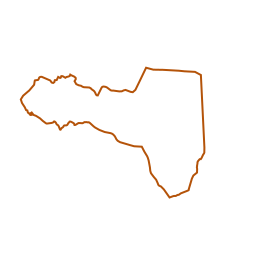 map outline of Rio San Juan (Equal Earth projection), rotated 157°
{"feature_id": "NIC-4800", "entity_name": "Rio San Juan", "entity_type": "Department", "adm_level": 1, "iso_a3": "NIC", "parent_name": "Nicaragua", "parent_adm1": "", "projection": "equal_earth", "projection_center": [-84.287, 11.292], "detail": "fine", "context": "isolated", "style": "outline", "palette": "amber", "viewbox_px": 256, "rotation_deg": 157, "n_neighbors": 0, "source": "natural_earth", "source_scale": "10m", "svg_char_len": 2998}
<svg xmlns="http://www.w3.org/2000/svg" viewBox="0 0 256 256"><g transform="rotate(157 128 128)"><path d="M160.3,199.7L159.7,198.8L157.4,196.3L157.2,195.8L156.8,195.2L156.6,194.5L157.0,193.4L157.5,193.0L158.9,192.0L158.5,188.6L156.7,186.6L154.7,185.2L153.8,183.8L152.7,182.8L147.8,180.4L146.7,179.0L146.4,178.0L145.0,175.7L144.6,174.7L144.4,172.9L144.4,171.5L144.1,170.4L143.1,169.8L142.3,170.5L136.6,175.4L135.6,175.9L134.5,175.8L133.4,175.2L132.4,174.5L131.5,173.5L129.2,169.5L128.7,169.1L128.2,168.7L127.7,168.5L127.1,168.3L121.9,165.2L119.5,164.2L117.2,164.3L115.4,164.0L111.4,160.2L109.6,159.1L106.3,160.2L98.6,166.9L87.8,176.4L81.9,171.8L72.9,167.8L58.9,160.9L53.8,158.1L44.4,153.5L40.2,148.3L65.3,80.2L67.2,75.9L67.4,75.5L67.9,75.0L69.5,73.9L71.6,72.0L72.5,71.3L73.2,70.9L73.7,71.2L73.9,71.3L74.4,71.2L76.4,70.2L77.0,69.7L77.4,69.4L77.7,68.6L78.2,67.8L78.9,66.7L79.1,66.5L79.2,66.2L79.3,65.9L79.8,65.2L80.0,64.8L80.1,64.2L80.4,63.2L81.9,60.0L86.4,58.7L89.0,56.4L95.9,48.0L96.2,47.3L96.7,47.1L97.3,47.0L105.0,47.2L107.1,46.7L107.6,46.7L108.4,47.0L108.9,47.0L110.4,46.8L110.8,46.9L111.2,47.0L111.7,47.3L112.9,47.6L116.9,47.8L119.0,57.5L120.5,61.3L121.4,62.2L122.1,63.1L122.3,64.0L122.2,65.7L122.3,69.4L123.4,72.9L124.5,77.3L124.4,78.5L124.2,80.0L123.2,83.2L121.7,90.0L121.4,92.7L121.4,94.5L122.2,100.0L122.6,105.4L129.5,108.8L132.5,111.2L140.9,118.1L142.5,120.3L143.1,122.2L143.2,123.9L143.4,125.7L144.2,127.9L145.1,129.2L146.1,130.1L151.0,133.4L155.1,137.4L158.1,141.3L159.0,142.9L161.1,147.5L161.6,148.3L162.1,148.7L162.4,148.7L162.7,148.8L163.1,149.1L163.8,149.6L164.1,149.7L164.7,149.9L165.5,150.3L165.8,150.4L166.0,150.4L167.1,150.2L167.8,150.2L168.0,150.2L168.7,150.5L170.4,151.4L171.7,151.9L175.0,151.4L175.7,151.5L176.1,151.7L176.0,152.5L176.0,152.9L176.0,153.3L176.1,153.6L177.3,155.2L178.3,156.3L178.9,156.6L179.3,156.7L180.2,156.1L180.8,155.9L181.1,155.8L181.5,155.5L181.8,155.2L182.3,154.8L182.7,154.6L183.4,154.5L184.1,154.6L185.1,155.1L185.6,155.2L186.0,155.2L186.5,154.9L186.7,154.7L186.9,154.5L187.7,154.1L188.8,153.9L189.3,153.8L190.7,152.8L191.0,152.9L191.2,153.2L191.2,153.6L191.1,156.2L191.1,156.7L191.2,157.4L191.3,157.8L191.6,158.3L192.0,158.8L192.1,159.1L192.2,159.4L192.3,159.9L192.3,160.8L192.4,161.3L192.6,161.9L193.0,162.6L193.4,162.9L193.7,162.9L193.9,162.7L194.1,162.6L194.4,162.4L195.1,162.4L196.3,162.5L200.4,163.6L201.2,163.9L201.4,164.1L201.8,164.6L203.7,167.9L205.2,171.2L207.9,175.1L209.8,176.9L210.6,179.9L212.4,179.5L212.0,178.0L212.0,177.9L212.8,178.2L213.6,180.7L213.9,180.8L214.1,181.6L213.8,183.5L214.8,184.3L214.9,187.4L215.8,192.4L215.5,196.2L211.9,198.7L205.0,200.9L204.5,201.0L197.5,204.5L195.4,207.9L195.0,208.2L192.1,207.4L191.4,207.7L190.0,209.1L189.0,209.3L188.0,209.1L187.3,208.7L181.0,202.1L180.5,199.7L179.3,198.7L177.9,199.0L176.7,200.6L174.9,200.0L172.3,202.3L171.0,200.6L170.3,200.6L169.1,201.8L167.9,201.2L166.0,198.7L164.7,199.0L163.8,198.8L163.1,198.7L161.4,198.6L160.3,199.7Z" fill="none" stroke="#b45309" stroke-width="2"/></g></svg>